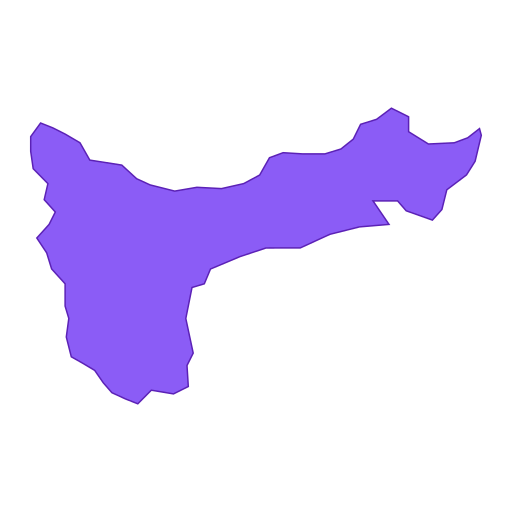 outline of Palaiometocho, Nicosia, Cyprus
{"feature_id": "46923920B18334811709617", "entity_name": "Palaiometocho", "entity_type": "district", "adm_level": 2, "iso_a3": "CYP", "parent_name": "Cyprus", "parent_adm1": "Nicosia", "projection": "albers", "projection_center": [33.213, 35.123], "detail": "fine", "context": "isolated", "style": "filled", "palette": "violet", "viewbox_px": 512, "rotation_deg": 0, "n_neighbors": 0, "source": "geoboundaries", "source_scale": "gbopen_adm2", "svg_char_len": 1033}
<svg xmlns="http://www.w3.org/2000/svg" viewBox="0 0 512 512"><path d="M479.5,128.6L467.7,137.8L454.2,142.8L428.4,144.0L408.6,131.7L408.6,116.8L391.4,108.2L376.6,119.3L360.6,124.3L353.3,139.1L340.9,149.0L324.9,153.9L302.8,153.9L283.1,152.7L269.5,157.7L259.7,175.0L243.7,183.6L221.5,188.6L196.9,187.3L174.7,191.1L150.1,184.9L136.6,178.7L121.8,165.1L89.8,160.1L80.0,142.8L65.2,134.1L52.9,127.9L40.6,123.0L30.7,136.6L30.7,151.4L33.2,168.7L47.9,183.6L44.2,199.7L55.3,212.0L49.1,224.4L43.6,230.5L36.8,238.0L46.7,252.9L51.6,268.9L65.1,283.8L65.1,306.1L68.8,318.4L66.3,337.0L71.3,356.8L82.3,363.0L94.7,370.4L103.3,382.8L111.9,392.7L125.4,398.9L137.8,403.8L151.3,390.2L173.5,393.9L188.3,386.5L187.0,365.5L193.2,353.1L185.8,318.5L192.0,287.5L204.3,283.8L210.5,269.0L240.0,256.6L265.9,248.0L283.1,247.9L300.3,247.9L316.4,240.5L329.9,234.3L359.4,226.9L389.0,224.4L373.0,200.9L397.6,200.9L406.2,210.8L432.4,220.1L441.9,209.5L446.8,189.8L466.5,174.9L475.1,161.3L481.3,135.3L479.5,128.6Z" fill="#8b5cf6" stroke="#5b21b6" stroke-width="1.5"/></svg>